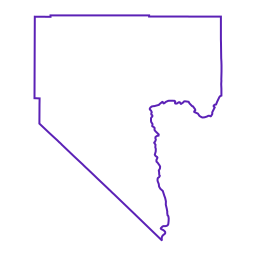 the district of Clark, Nevada, United States of America
{"feature_id": "52423323B18852235556590", "entity_name": "Clark", "entity_type": "district", "adm_level": 2, "iso_a3": "USA", "parent_name": "United States of America", "parent_adm1": "Nevada", "projection": "robinson", "projection_center": [-114.639, 35.928], "detail": "fine", "context": "isolated", "style": "outline", "palette": "violet", "viewbox_px": 256, "rotation_deg": 0, "n_neighbors": 0, "source": "geoboundaries", "source_scale": "gbopen_adm2", "svg_char_len": 2993}
<svg xmlns="http://www.w3.org/2000/svg" viewBox="0 0 256 256"><path d="M220.9,16.6L209.3,16.6L149.1,16.5L149.1,15.4L50.5,15.4L50.5,16.8L34.8,16.7L34.5,98.2L39.6,98.4L39.5,104.4L39.4,123.6L49.0,132.7L55.2,138.4L57.3,140.3L59.4,142.4L59.5,142.4L61.5,144.3L61.6,144.5L74.2,156.5L83.1,164.8L83.8,165.6L84.0,165.7L85.0,166.7L85.3,167.0L87.8,169.3L94.2,175.4L97.4,178.5L108.7,189.2L108.7,189.3L110.1,190.5L112.2,192.6L114.5,194.7L115.0,195.2L120.5,200.5L130.8,210.4L132.5,212.0L144.7,223.8L144.8,223.9L162.1,240.6L161.8,239.8L161.7,238.4L161.8,237.4L162.2,236.3L162.8,235.4L164.9,233.7L165.2,233.1L165.2,232.5L165.1,231.8L164.2,230.8L163.3,230.1L161.2,229.1L160.8,228.5L161.0,228.0L162.5,226.5L163.5,226.1L165.6,226.1L166.8,225.8L167.7,225.2L168.3,224.0L168.6,221.0L168.7,218.5L168.4,216.5L168.1,215.8L167.6,215.4L167.2,212.9L167.3,211.9L166.8,208.9L165.8,204.7L165.9,201.3L165.1,197.8L164.4,196.0L162.8,191.0L160.3,188.7L159.2,186.8L159.0,186.2L158.8,184.1L158.1,182.3L157.7,181.3L157.5,180.0L157.7,178.4L158.0,177.9L159.1,177.1L159.6,176.3L159.8,175.8L159.7,175.6L159.4,175.3L159.2,174.5L159.1,172.3L158.8,170.6L158.9,170.2L159.5,169.4L160.0,168.2L160.1,166.6L159.6,165.5L157.7,162.8L156.5,161.6L156.4,160.0L157.2,158.4L157.4,157.5L157.1,157.0L156.0,156.3L155.3,155.6L154.8,154.7L154.9,154.3L155.7,151.6L155.8,148.9L155.3,147.3L155.5,144.7L154.2,142.8L154.4,142.3L155.0,141.8L155.8,139.8L155.8,139.4L155.4,138.3L155.4,137.6L155.6,136.9L157.2,135.8L158.5,135.6L158.7,134.4L155.4,131.2L154.5,129.9L154.6,128.0L153.8,127.1L152.4,126.3L152.2,126.0L152.5,124.5L152.4,123.8L151.3,122.2L151.0,121.0L151.0,118.4L151.1,118.0L151.3,117.6L151.6,117.2L152.3,116.5L152.4,115.8L152.3,115.4L151.9,114.9L151.4,114.6L151.3,114.2L151.3,113.9L151.3,113.2L151.7,112.6L151.7,112.1L151.3,111.2L151.0,110.6L149.9,109.5L149.8,109.3L149.8,108.6L150.0,108.2L150.6,107.4L151.7,106.5L153.7,106.1L154.4,106.1L158.8,104.9L159.2,104.6L159.5,104.1L162.3,101.9L162.7,102.0L163.3,103.1L163.8,103.4L164.7,102.9L165.8,101.9L168.3,100.8L171.0,100.7L174.4,100.8L175.0,101.2L175.2,101.5L175.1,101.9L175.1,102.5L175.0,102.8L175.1,103.2L175.2,103.4L175.4,103.5L176.0,103.6L176.9,103.5L178.7,102.3L179.3,102.2L179.8,102.3L180.4,103.3L180.8,103.8L181.0,103.9L183.0,102.6L184.0,101.5L184.5,101.3L185.2,101.3L188.6,101.8L189.5,103.4L192.1,106.1L193.0,106.4L195.0,109.2L195.3,110.1L195.1,110.5L194.4,111.1L194.2,111.5L194.3,112.0L194.5,112.1L197.9,113.6L198.8,114.9L199.2,115.6L199.6,116.0L200.7,116.7L202.1,117.4L202.6,117.5L204.6,117.3L206.8,116.6L208.3,115.8L209.4,115.8L210.6,116.3L210.9,116.2L211.2,115.8L212.2,114.2L212.3,113.5L212.2,112.7L212.4,112.0L214.6,107.6L214.7,107.4L214.3,106.9L213.7,106.5L213.7,106.2L213.7,105.6L214.0,105.3L215.0,104.6L215.8,104.6L216.1,104.4L217.2,101.6L219.3,97.2L220.1,96.2L221.4,95.6L221.4,89.4L221.4,88.7L221.3,86.5L221.2,84.0L221.4,80.8L221.3,79.6L221.5,71.6L221.5,65.3L221.4,61.6L221.2,58.4L221.0,43.6L221.0,43.2L220.9,39.4L220.9,16.6L220.9,16.6Z" fill="none" stroke="#5b21b6" stroke-width="2"/></svg>